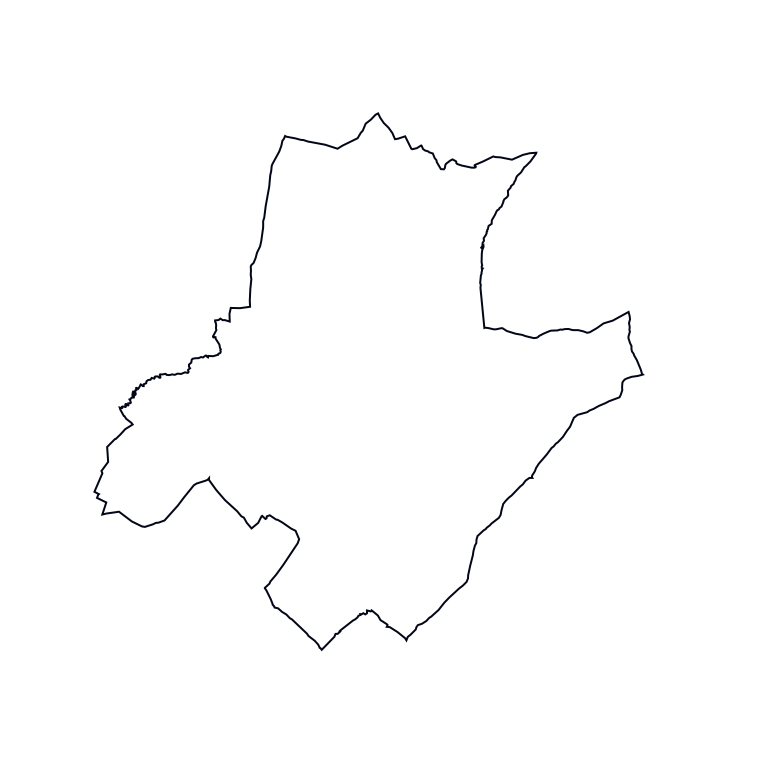 the district of Bara, Timis, Romania, rotated 21°
{"feature_id": "2599482B38713319059760", "entity_name": "Bara", "entity_type": "district", "adm_level": 2, "iso_a3": "ROU", "parent_name": "Romania", "parent_adm1": "Timis", "projection": "natural_earth1", "projection_center": [21.891, 45.906], "detail": "fine", "context": "isolated", "style": "outline", "palette": "ink", "viewbox_px": 768, "rotation_deg": 21, "n_neighbors": 0, "source": "geoboundaries", "source_scale": "gbopen_adm2", "svg_char_len": 6165}
<svg xmlns="http://www.w3.org/2000/svg" viewBox="0 0 768 768"><g transform="rotate(21 384 384)"><path d="M421.1,654.5L428.3,637.7L428.3,634.7L430.3,633.8L431.8,630.8L431.2,630.6L431.8,629.3L439.9,615.8L441.4,614.1L442.9,611.4L443.2,609.5L444.8,608.1L444.3,607.3L445.7,606.9L446.8,605.4L449.1,605.8L450.3,604.1L449.3,601.5L452.9,601.1L453.4,600.8L453.5,599.8L455.2,600.3L461.2,602.3L465.4,605.7L472.7,607.2L473.7,607.7L473.6,609.7L476.5,608.9L485.4,610.7L494.7,613.7L496.8,615.3L496.8,611.6L498.6,608.6L501.6,601.8L501.4,599.4L502.0,597.0L505.4,594.2L508.5,590.0L510.0,586.1L511.3,584.5L515.9,575.5L518.7,566.5L521.4,560.1L527.4,548.0L529.9,543.9L532.0,539.2L532.1,535.4L531.1,532.4L529.6,522.8L528.3,511.8L527.4,508.0L526.8,502.2L527.2,499.5L526.1,496.0L525.8,492.4L529.5,484.9L530.9,483.1L531.5,481.2L533.5,478.0L534.4,475.7L539.2,467.8L539.8,464.7L538.9,459.3L538.3,453.2L539.5,449.5L541.3,445.3L543.1,442.3L547.8,431.1L549.6,427.9L550.8,423.5L553.4,419.6L556.2,418.5L555.4,417.7L555.1,416.5L556.1,411.6L556.1,407.7L557.1,402.9L561.2,391.5L563.4,383.6L564.7,381.6L565.8,378.2L567.3,375.9L570.0,369.3L571.6,362.0L573.0,357.3L573.4,347.5L575.8,343.4L583.8,337.5L585.4,335.1L588.6,332.1L592.4,327.5L597.9,322.2L600.3,319.4L608.6,312.1L608.9,309.6L608.7,304.5L607.4,301.6L606.1,297.3L606.2,296.2L607.0,293.7L608.7,291.8L612.7,288.5L618.1,285.5L622.3,282.4L621.1,281.9L618.7,278.7L611.6,271.2L607.2,267.6L606.2,266.3L603.9,264.8L602.6,262.9L601.4,259.8L599.2,257.8L595.9,253.8L595.2,251.9L594.8,247.0L593.7,245.5L593.0,242.8L590.9,239.3L590.5,235.4L589.0,232.6L586.5,229.1L574.8,242.9L567.3,248.7L562.6,255.7L557.6,261.9L555.3,263.4L551.3,263.4L546.1,264.1L540.7,266.1L536.5,266.5L532.8,268.1L531.1,269.4L529.7,269.7L528.1,270.7L527.0,271.7L521.1,274.2L519.7,275.2L514.9,279.8L511.5,283.7L511.0,285.0L509.7,286.3L507.3,287.5L498.8,288.6L495.5,288.6L488.8,289.9L479.7,290.5L474.8,289.5L473.8,289.7L468.8,292.9L467.0,293.6L461.3,294.4L458.1,295.2L457.6,295.7L439.6,259.7L438.8,256.7L437.6,255.3L435.5,247.7L435.6,246.2L435.1,245.0L434.9,243.0L434.4,242.1L434.8,240.7L433.7,240.7L433.0,239.0L433.2,238.2L431.5,235.4L428.6,227.3L427.7,223.6L427.8,220.5L427.4,219.6L426.7,222.2L425.9,221.9L426.4,219.9L425.5,217.0L426.0,214.5L424.8,212.1L425.7,208.4L425.8,206.4L425.3,205.5L425.6,204.5L425.1,203.3L425.5,202.5L425.0,198.9L427.1,195.9L426.0,192.5L427.0,186.2L427.2,182.5L427.6,181.1L428.5,180.1L428.9,178.2L430.1,176.2L430.2,171.1L429.9,170.5L430.2,168.2L431.6,166.1L432.4,163.6L430.4,159.1L431.8,155.4L431.7,153.7L433.3,150.8L433.3,148.4L433.7,146.8L433.5,143.7L433.9,141.7L436.1,137.4L437.3,131.4L438.4,129.6L441.0,123.6L443.4,114.4L443.3,113.5L437.4,116.3L431.6,120.3L423.1,128.7L411.5,130.7L406.7,132.2L404.5,132.4L396.4,141.1L390.5,146.8L390.2,147.3L390.5,147.7L391.9,148.4L391.7,149.0L390.5,149.8L388.4,150.6L378.2,152.2L373.7,152.4L372.5,152.0L371.7,150.5L371.1,150.2L367.4,149.8L365.7,151.8L363.0,156.2L362.8,157.7L363.4,160.6L363.0,162.1L360.1,163.0L353.7,157.9L352.9,156.4L350.2,154.8L347.0,151.3L343.2,151.5L341.7,151.0L338.7,151.3L336.3,150.7L333.7,148.1L333.2,148.0L330.1,152.1L326.2,154.7L325.1,154.5L315.0,145.2L309.0,150.1L306.5,151.5L302.0,146.8L296.4,143.1L290.2,140.4L285.2,136.9L281.5,133.5L279.6,135.7L277.0,141.9L273.6,147.5L273.4,155.0L272.3,157.9L271.3,164.0L259.7,176.5L256.3,181.0L243.3,181.7L226.0,184.9L221.5,185.1L218.7,185.9L213.6,186.4L204.3,188.1L202.8,187.9L202.7,191.0L202.0,193.3L202.8,198.4L202.9,204.6L201.0,218.7L201.0,220.6L202.4,225.7L203.0,229.9L206.1,240.8L209.8,260.3L212.6,271.7L212.8,275.2L215.1,281.2L218.2,294.6L219.0,299.9L218.4,306.9L219.0,312.3L218.9,317.0L218.8,317.9L217.6,320.3L217.5,322.1L219.2,325.9L220.4,329.7L222.6,333.7L225.2,343.3L228.8,354.2L231.3,359.9L222.4,364.8L213.7,367.9L214.6,373.9L217.6,381.0L212.4,381.4L210.5,382.2L207.8,381.6L206.7,383.5L203.5,385.2L204.2,386.6L204.9,387.0L206.2,389.1L207.1,392.1L208.2,393.8L207.3,400.7L207.5,401.3L208.1,401.6L209.0,400.8L210.0,400.7L210.4,401.9L216.1,406.1L218.0,409.1L219.3,410.3L219.1,411.1L219.9,412.2L220.1,413.2L219.9,413.9L218.6,415.1L218.7,416.1L214.5,419.3L210.0,420.7L210.2,422.2L209.3,422.1L208.0,421.2L207.2,421.4L205.5,424.1L203.5,424.4L201.7,426.3L198.9,427.4L196.2,429.1L195.8,430.4L196.4,433.0L195.0,435.7L195.7,437.7L197.3,438.8L196.1,440.8L196.2,441.6L197.1,442.4L197.2,443.3L196.8,444.0L194.1,444.4L191.0,447.3L187.6,448.3L185.4,450.4L182.7,451.0L180.5,452.6L177.7,453.4L176.7,452.8L176.2,452.9L173.9,454.4L171.6,455.2L171.5,455.9L172.9,457.8L172.8,458.4L172.1,458.7L170.1,458.0L167.8,458.9L167.4,459.5L167.8,460.6L167.6,461.3L164.9,461.6L164.5,463.7L162.4,464.8L161.3,466.5L161.7,468.5L159.8,470.3L160.4,472.1L159.4,472.4L157.8,471.6L157.0,471.6L156.7,474.9L156.2,476.7L154.6,476.2L154.0,476.7L155.0,478.2L154.1,479.1L154.7,480.5L152.5,480.9L152.4,481.8L152.7,482.4L153.9,482.6L155.6,482.0L155.9,482.6L155.6,483.4L153.0,484.1L153.5,485.1L155.2,485.5L155.3,486.3L153.2,487.2L152.8,488.8L151.9,489.6L153.4,490.8L154.3,492.1L154.2,492.7L152.2,493.7L153.0,495.2L152.9,495.6L151.8,495.9L150.7,495.1L150.0,495.3L149.9,496.0L151.1,497.7L150.9,498.1L147.9,498.7L147.6,499.1L148.2,500.2L148.0,500.5L145.7,500.7L147.0,502.4L152.6,507.1L153.2,507.0L155.8,508.9L162.1,510.8L163.9,511.9L158.6,518.9L156.0,525.6L153.3,531.4L152.5,532.0L148.1,542.0L154.4,555.6L151.4,566.5L153.1,568.3L152.3,588.4L157.3,589.0L156.9,589.7L156.9,593.2L167.2,594.1L167.8,606.8L171.3,604.4L182.4,598.2L197.9,602.7L209.1,603.7L212.0,603.1L218.6,597.8L220.7,595.5L223.1,594.3L228.0,590.1L235.1,571.4L238.0,561.3L242.8,546.6L244.7,544.1L252.2,538.1L253.7,536.6L254.4,534.6L255.0,536.3L265.4,543.1L277.2,549.4L292.5,555.4L298.2,558.6L301.1,559.0L305.7,562.8L312.1,566.3L316.3,558.8L317.1,551.5L317.5,550.8L321.7,552.5L322.5,551.5L322.0,549.6L324.4,547.5L331.8,549.2L333.4,548.9L338.6,549.7L349.3,552.3L354.0,552.7L360.4,559.3L360.5,563.6L354.9,588.5L351.7,600.5L348.7,609.1L348.6,611.4L345.8,617.1L346.0,617.4L348.0,618.7L355.3,625.4L359.2,629.7L359.2,630.0L361.1,630.9L361.9,631.9L365.6,631.4L370.5,633.3L375.5,634.2L380.1,636.4L382.3,636.7L401.6,644.7L403.8,646.3L411.3,648.5L416.0,650.9L418.6,653.4L419.4,653.4L421.1,654.5Z" fill="none" stroke="#020617" stroke-width="2"/></g></svg>